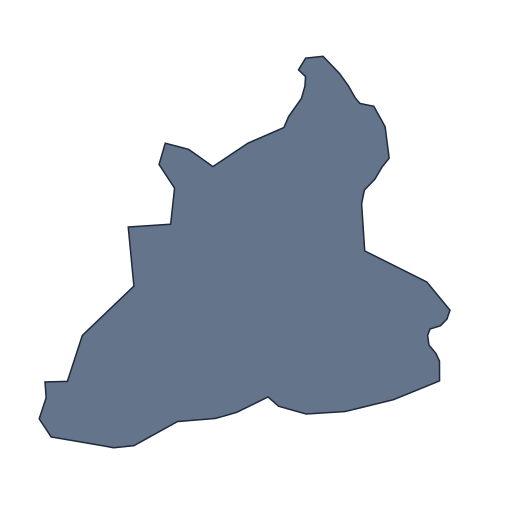 Plavinu, orthographic projection, rotated 6°
{"feature_id": "LVA-5728", "entity_name": "Plavinu", "entity_type": "Municipality", "adm_level": 1, "iso_a3": "LVA", "parent_name": "Latvia", "parent_adm1": "", "projection": "orthographic", "projection_center": [25.741, 56.702], "detail": "fine", "context": "isolated", "style": "filled", "palette": "slate", "viewbox_px": 512, "rotation_deg": 6, "n_neighbors": 0, "source": "natural_earth", "source_scale": "10m", "svg_char_len": 835}
<svg xmlns="http://www.w3.org/2000/svg" viewBox="0 0 512 512"><g transform="rotate(6 256 256)"><path d="M301.8,50.4L320.0,65.8L330.1,77.1L338.3,88.6L343.4,93.4L357.5,94.8L370.9,113.9L378.2,144.8L372.0,154.4L366.2,167.2L356.9,179.1L355.6,193.1L363.6,239.6L428.6,264.0L454.6,289.6L452.5,298.8L446.8,306.1L436.7,310.4L435.0,317.0L437.3,326.5L445.2,334.2L449.5,341.4L451.6,361.0L407.8,384.5L360.8,401.4L322.4,407.9L294.2,403.1L282.7,394.9L253.2,413.5L232.6,421.8L195.1,428.9L154.4,457.4L134.5,461.6L125.9,460.9L71.2,457.4L57.4,440.6L62.1,418.8L59.3,403.3L81.5,400.4L91.6,353.1L137.7,298.7L125.9,240.5L167.8,233.3L167.9,197.0L150.0,175.1L154.0,153.3L177.9,157.0L203.8,171.6L236.2,144.6L270.3,125.3L273.9,113.8L284.7,94.5L286.9,82.0L286.5,72.4L278.8,66.4L284.7,54.0L301.8,50.4Z" fill="#64748b" stroke="#1e293b" stroke-width="1.5"/></g></svg>